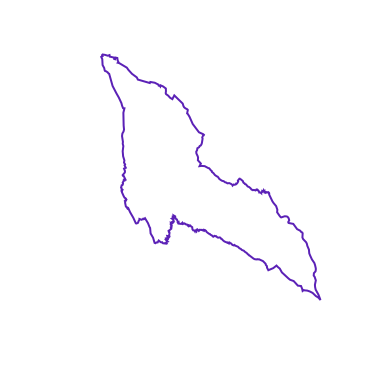 outline of Combita, Boyacá, Colombia, rotated 143°
{"feature_id": "7082276B12842426687560", "entity_name": "Combita", "entity_type": "district", "adm_level": 2, "iso_a3": "COL", "parent_name": "Colombia", "parent_adm1": "Boyacá", "projection": "equal_earth", "projection_center": [-73.326, 5.691], "detail": "fine", "context": "isolated", "style": "outline", "palette": "violet", "viewbox_px": 384, "rotation_deg": 143, "n_neighbors": 0, "source": "geoboundaries", "source_scale": "gbopen_adm2", "svg_char_len": 6085}
<svg xmlns="http://www.w3.org/2000/svg" viewBox="0 0 384 384"><g transform="rotate(143 192 192)"><path d="M252.5,173.9L252.0,173.1L250.7,173.1L249.8,172.4L247.8,173.3L247.2,170.8L246.6,170.0L246.1,169.9L246.0,168.5L243.9,166.5L243.7,167.0L243.1,166.5L243.0,167.1L242.3,167.4L241.3,167.1L241.6,168.3L241.6,169.4L240.8,168.8L240.3,169.7L240.7,169.7L240.6,170.6L239.5,170.1L239.2,169.2L238.4,170.0L238.6,170.7L238.2,171.8L237.8,171.4L238.0,169.6L236.8,169.9L236.2,171.3L234.5,172.9L234.6,173.8L234.1,175.1L233.8,175.1L233.5,174.7L233.2,175.0L231.0,175.1L230.1,176.7L229.8,176.7L229.7,176.1L229.0,176.8L228.5,179.0L228.3,179.2L227.9,178.6L227.5,179.7L227.0,179.4L227.0,179.8L226.7,179.5L226.3,180.0L225.8,179.5L225.3,179.7L225.2,179.1L224.6,179.2L224.9,180.0L223.9,180.3L223.0,181.7L223.5,182.1L223.7,181.6L224.0,182.7L223.5,182.5L222.6,183.0L222.4,182.7L222.4,182.1L222.0,182.9L222.7,183.4L222.1,184.1L221.6,183.7L221.2,183.9L220.9,183.5L220.7,184.1L220.1,182.7L221.0,181.1L220.9,179.6L220.6,179.2L221.2,176.9L221.2,175.9L220.9,175.9L221.3,175.2L221.8,175.6L221.9,175.0L219.8,173.0L218.5,173.2L218.9,172.4L218.7,171.9L217.9,171.9L217.2,171.3L217.0,171.5L216.5,170.6L216.5,170.0L215.5,168.9L215.6,167.9L214.5,167.6L214.5,167.0L215.2,166.8L215.2,166.5L213.5,166.2L213.5,165.2L213.0,163.8L214.1,161.9L214.1,160.6L213.2,159.8L213.3,159.0L212.9,159.3L212.5,159.2L212.3,157.8L211.5,158.4L211.6,158.8L210.8,158.6L210.7,159.1L210.2,159.0L210.0,156.8L209.1,156.9L208.9,156.5L208.9,157.2L208.5,157.2L207.5,156.1L207.1,156.0L206.5,154.9L205.9,155.0L205.7,153.6L205.2,153.6L204.8,154.1L204.5,153.7L204.2,152.4L204.4,151.4L203.6,148.5L203.0,147.7L203.0,146.8L202.3,145.5L202.1,143.8L201.8,143.4L200.5,143.5L199.9,142.5L199.4,142.4L199.0,140.4L198.6,139.8L197.1,139.0L196.8,137.9L196.9,137.0L196.4,136.2L196.4,135.0L195.9,133.0L194.8,131.1L194.2,130.6L194.3,130.0L193.6,129.3L193.5,128.8L192.7,129.4L192.4,129.2L192.2,127.9L191.7,127.3L191.6,125.4L190.7,124.1L190.0,124.2L189.6,122.9L188.2,120.5L188.0,118.5L187.3,117.3L187.1,115.8L185.9,113.8L185.8,112.6L185.0,110.3L184.9,108.6L184.5,108.0L184.6,107.1L184.3,106.7L183.0,102.0L182.5,100.8L181.2,99.4L180.3,99.1L179.9,98.4L179.0,98.0L176.9,94.1L176.4,90.4L176.9,89.4L176.8,87.7L177.6,86.5L178.1,83.6L172.9,82.3L168.8,82.4L168.6,80.5L168.0,78.0L168.6,73.7L167.0,64.9L166.5,62.9L164.4,59.7L163.8,53.5L161.5,51.3L162.3,48.4L163.2,46.4L161.7,46.4L161.5,45.9L159.3,43.9L157.8,41.7L156.4,38.8L155.7,34.4L154.6,31.5L154.4,28.4L152.8,33.9L152.0,39.6L150.9,42.0L149.7,43.9L146.3,46.9L145.1,50.5L145.1,52.0L143.5,53.8L141.1,54.3L140.0,55.3L139.1,56.5L137.7,59.6L137.0,61.7L136.8,66.0L135.9,70.1L135.3,72.4L133.3,75.6L132.3,79.6L131.4,81.6L131.1,83.2L131.6,87.5L131.2,89.2L128.5,92.4L128.3,93.3L128.8,94.1L128.9,96.0L130.4,99.1L130.3,105.6L133.4,109.0L133.5,109.5L133.2,110.1L131.4,110.9L130.6,112.9L130.6,114.5L131.0,115.4L132.5,116.8L136.0,118.0L136.3,118.4L136.4,120.1L136.2,124.6L134.5,126.5L133.3,130.1L133.5,134.2L133.4,136.1L132.0,143.1L131.6,144.1L131.1,144.5L131.0,145.2L131.1,145.7L131.6,145.6L132.2,146.9L133.4,146.9L133.4,147.2L133.7,147.1L134.2,147.7L133.9,147.9L134.1,148.6L133.7,148.8L133.8,149.2L133.6,149.4L134.0,149.5L133.9,150.0L134.3,149.7L134.3,150.4L134.5,149.8L135.0,150.4L135.2,149.9L135.6,150.3L136.1,149.8L136.6,149.9L136.9,149.7L137.3,150.1L137.5,149.7L137.7,150.5L138.4,151.0L138.2,151.2L138.4,151.9L138.1,152.8L138.4,153.6L138.2,154.2L138.5,154.9L139.1,154.7L139.4,155.2L140.3,155.0L141.3,156.4L142.3,156.8L142.6,157.6L143.0,158.0L143.0,159.8L143.4,161.6L144.2,162.9L144.3,165.5L144.9,166.4L144.8,167.3L145.1,167.7L145.3,168.8L144.8,169.8L145.3,172.5L145.7,173.1L145.8,173.9L146.1,174.1L148.5,173.5L148.8,172.6L150.6,171.8L151.5,171.7L151.8,172.1L152.4,171.7L153.6,172.1L154.2,172.9L155.7,172.7L155.5,173.5L156.0,175.1L156.9,176.7L158.5,177.6L159.0,179.0L159.7,179.8L160.2,181.6L161.2,182.8L161.9,184.5L162.4,186.5L162.2,187.5L162.3,188.9L162.8,189.6L163.5,191.9L163.5,194.1L164.0,196.0L163.6,196.7L163.9,197.9L164.0,200.6L164.6,201.3L166.3,205.0L168.7,207.1L170.4,208.1L167.8,209.4L168.2,213.8L166.4,215.9L165.9,217.2L165.3,220.1L164.4,221.6L162.7,222.4L161.4,223.7L159.4,223.5L158.2,224.1L157.1,223.9L155.9,224.3L154.6,225.2L152.2,227.5L151.4,228.3L151.0,229.4L148.7,230.7L147.9,229.7L148.3,231.5L150.5,235.5L150.5,245.9L148.7,253.6L148.4,256.8L148.6,257.7L146.0,260.0L146.0,260.9L146.9,262.8L147.3,264.4L147.1,265.8L146.2,268.2L148.0,279.8L151.8,278.0L152.8,280.5L153.0,283.2L153.8,285.8L153.5,286.8L152.2,288.1L150.6,290.4L151.6,293.8L152.9,296.1L153.8,295.4L153.8,296.1L154.6,297.0L154.2,298.0L156.0,301.7L159.1,305.0L160.1,304.4L167.6,314.4L167.1,316.7L168.8,322.4L169.3,327.8L169.2,330.5L172.5,338.6L173.4,339.8L172.6,339.9L172.2,341.8L171.0,344.0L172.2,345.4L173.5,344.3L174.1,345.1L173.4,346.3L176.2,349.6L175.5,351.0L177.2,351.5L178.9,353.8L180.6,355.6L181.5,355.4L181.7,354.3L183.2,354.5L183.7,352.1L187.0,347.2L187.5,343.9L188.5,341.8L188.6,340.9L187.9,340.0L187.3,338.1L187.4,337.1L187.0,336.3L191.6,324.5L193.0,316.2L193.6,311.5L194.9,305.4L195.9,303.0L196.6,300.4L195.6,299.5L199.1,296.6L206.6,286.2L208.7,282.8L210.3,281.5L212.4,280.6L214.2,278.8L217.0,273.6L218.3,272.2L219.2,270.0L222.8,266.3L225.5,262.0L227.0,257.9L228.6,256.4L228.8,254.3L229.8,253.9L230.3,251.2L232.2,251.6L232.9,249.1L233.9,248.0L237.2,247.2L237.4,246.5L236.9,245.9L237.7,241.9L238.3,242.2L238.5,242.9L239.2,242.7L239.2,241.8L240.0,242.0L241.8,241.1L241.9,240.4L242.7,239.7L243.3,239.4L244.1,239.7L246.0,238.2L245.9,237.6L246.4,236.9L246.1,235.6L246.5,235.4L247.0,235.9L247.7,235.3L247.6,234.6L248.1,234.0L249.1,229.6L249.3,227.9L248.9,227.3L248.8,226.3L249.2,225.9L249.0,225.4L249.7,225.0L250.2,225.5L251.0,225.3L251.0,224.6L251.9,223.7L253.5,220.3L253.5,219.7L253.0,218.7L253.5,218.0L253.5,217.2L253.4,217.0L252.7,217.1L253.6,213.1L254.4,206.7L255.7,200.8L255.2,200.2L253.6,199.9L252.4,200.8L250.8,201.4L250.2,202.1L249.0,200.2L247.7,200.0L247.6,199.8L247.1,200.0L246.8,199.6L246.4,199.6L246.3,199.2L245.3,199.3L245.9,193.6L247.0,189.6L247.1,188.5L250.0,183.8L250.6,178.9L252.5,173.9Z" fill="none" stroke="#5b21b6" stroke-width="2"/></g></svg>